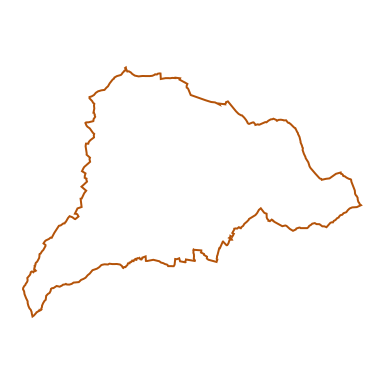 Calan, Hunedoara, Romania
{"feature_id": "2599482B89052064146304", "entity_name": "Calan", "entity_type": "district", "adm_level": 2, "iso_a3": "ROU", "parent_name": "Romania", "parent_adm1": "Hunedoara", "projection": "orthographic", "projection_center": [23.011, 45.738], "detail": "fine", "context": "isolated", "style": "outline", "palette": "amber", "viewbox_px": 384, "rotation_deg": 0, "n_neighbors": 0, "source": "geoboundaries", "source_scale": "gbopen_adm2", "svg_char_len": 5888}
<svg xmlns="http://www.w3.org/2000/svg" viewBox="0 0 384 384"><path d="M216.4,261.9L216.4,261.5L217.0,260.9L217.3,259.6L216.9,259.5L216.7,258.9L216.8,258.1L217.0,257.4L217.0,256.2L217.5,255.1L219.2,248.3L219.4,248.0L219.9,248.2L222.8,241.6L223.0,241.5L226.5,245.2L227.3,245.1L228.4,243.4L229.5,240.1L230.3,239.7L231.9,239.7L231.5,238.9L230.1,238.9L230.1,238.6L229.8,238.2L229.2,237.9L230.3,237.0L230.4,235.9L232.1,236.9L233.1,235.3L233.8,233.8L232.7,233.4L232.3,233.0L234.4,229.2L234.3,228.7L235.7,228.4L237.1,228.6L238.9,227.2L240.4,228.2L240.9,228.2L241.2,227.3L243.2,225.8L244.3,223.9L247.0,221.6L248.7,219.8L249.0,219.0L255.4,215.1L257.1,213.1L258.9,209.9L260.8,208.3L264.1,212.6L264.9,213.1L266.6,213.7L266.7,217.5L267.3,218.9L268.5,220.1L268.4,220.8L269.9,221.2L271.7,219.6L272.6,220.1L272.8,220.7L273.5,220.9L274.1,221.7L282.3,226.2L285.3,225.5L286.5,225.9L289.8,228.9L293.0,230.8L295.8,229.5L296.4,228.5L299.2,227.6L299.9,227.6L300.6,228.1L307.2,228.1L308.4,227.2L309.2,225.9L311.2,224.7L312.2,223.7L314.8,223.1L316.5,224.1L319.5,224.2L322.3,226.3L324.2,226.3L326.5,227.2L330.4,222.8L331.7,222.3L332.9,222.4L333.8,220.9L335.5,220.0L337.1,218.2L338.7,217.5L339.0,216.7L340.4,215.2L342.3,214.7L343.5,213.2L346.3,212.2L347.8,210.2L349.6,208.5L352.2,207.4L356.8,207.1L361.0,205.2L359.5,203.9L359.1,202.7L358.3,201.8L357.7,199.4L357.6,197.7L356.5,195.8L356.0,195.5L355.1,193.8L354.8,190.5L351.4,181.7L351.1,179.8L350.7,179.3L348.8,178.8L346.5,177.6L344.6,176.2L343.6,176.1L343.1,175.8L342.9,174.9L342.3,174.2L340.9,173.7L340.7,172.5L336.0,173.8L329.5,178.4L326.1,178.8L321.7,179.8L321.3,178.9L320.1,178.6L319.5,178.2L315.4,173.7L310.6,168.1L309.6,166.5L308.3,162.3L305.7,158.2L305.4,156.9L303.9,153.8L302.6,150.0L302.9,148.1L302.4,147.4L301.9,145.5L300.6,142.5L300.6,141.6L299.5,136.9L298.0,133.9L297.8,132.8L297.1,131.9L295.6,128.7L295.5,128.8L295.1,128.2L293.9,127.3L290.9,124.3L289.0,122.8L288.5,122.9L287.8,122.5L286.1,120.3L283.8,120.4L283.2,120.1L280.9,119.7L278.5,119.9L277.0,120.8L276.7,120.7L276.4,120.0L273.4,118.7L272.4,119.2L270.7,119.4L268.4,120.7L266.5,122.3L265.3,122.1L259.3,124.7L258.8,124.7L257.9,124.3L255.5,124.9L255.5,124.6L253.6,122.4L252.5,122.5L249.1,123.9L248.4,123.7L247.4,122.6L247.3,122.0L246.0,119.9L244.2,117.6L241.9,115.3L241.1,115.3L238.6,113.9L236.0,111.3L227.9,101.4L226.0,102.2L225.8,103.4L225.3,104.0L224.9,104.0L225.0,104.3L218.7,103.5L219.3,104.5L215.0,102.4L211.2,102.0L206.0,100.4L190.7,95.0L188.3,89.1L187.8,88.3L186.7,87.6L186.6,86.0L187.4,83.9L179.5,79.6L180.1,78.3L175.5,77.7L175.5,78.1L172.2,77.9L170.5,78.2L165.8,78.1L160.8,79.0L160.5,73.5L159.7,73.4L157.8,73.7L156.9,74.5L155.1,74.3L154.8,74.7L152.3,75.8L149.4,76.1L142.3,76.0L138.6,76.4L134.8,75.6L132.2,73.9L130.9,72.5L128.8,71.3L127.3,71.5L126.1,69.0L125.8,67.5L125.1,68.0L125.8,69.1L125.4,69.6L125.4,70.5L124.3,70.8L124.0,71.4L122.6,72.8L121.6,74.3L120.8,75.0L116.9,76.1L114.3,77.6L114.1,78.5L112.7,79.5L109.7,83.3L108.0,86.3L106.4,87.7L104.5,89.9L101.5,90.3L98.1,91.3L95.8,92.8L94.0,95.0L91.6,96.4L89.5,97.0L89.5,98.3L92.2,101.1L93.1,102.8L94.3,103.7L94.0,105.6L94.3,108.6L93.6,112.0L93.8,111.9L94.2,113.5L94.8,114.7L94.7,115.3L95.2,116.8L93.6,119.1L93.4,121.0L93.1,121.2L88.5,122.3L86.1,122.4L85.4,123.0L86.5,125.6L87.5,126.8L89.8,128.4L92.9,132.8L94.2,133.9L93.8,135.2L94.0,137.4L90.7,139.9L89.5,141.1L88.6,142.4L88.3,143.7L86.0,143.6L85.8,144.6L85.6,146.3L86.7,153.4L86.6,154.7L90.0,157.7L89.5,159.1L90.1,161.8L84.3,166.9L83.4,168.3L82.0,171.2L85.5,173.4L84.8,175.8L84.7,177.8L86.5,178.6L86.3,179.4L87.0,181.6L81.5,186.7L86.2,190.7L84.2,193.2L81.7,198.5L80.6,198.7L81.6,207.0L77.5,208.4L74.9,213.7L76.6,213.9L77.3,214.3L78.5,216.5L75.3,219.1L74.7,219.0L72.3,217.2L69.6,216.2L68.1,217.9L65.8,221.9L65.3,222.2L64.6,223.4L63.4,223.4L60.7,225.4L58.9,225.8L54.3,232.9L51.7,237.8L50.6,237.6L48.9,239.0L45.9,240.4L44.9,241.3L43.5,243.4L45.5,245.0L45.5,246.0L43.3,250.0L42.0,251.3L40.5,253.7L39.7,253.9L39.5,254.2L39.4,256.6L39.1,258.1L37.2,261.6L35.8,262.9L35.5,263.7L35.5,264.8L34.6,265.8L35.0,266.7L34.5,267.2L34.4,268.5L34.1,269.1L34.5,269.6L34.5,270.1L35.1,269.9L35.8,270.7L34.9,271.2L34.4,270.8L33.3,272.2L32.7,271.7L31.8,271.5L30.8,272.2L30.5,273.7L29.8,275.1L27.3,278.0L27.6,279.9L27.5,280.9L26.9,282.3L25.8,283.7L25.3,285.0L24.2,286.1L23.2,287.9L23.0,289.2L24.1,291.3L24.5,294.1L26.1,298.2L27.6,301.2L27.7,303.3L28.4,305.9L29.5,308.4L30.7,309.7L31.6,312.0L31.8,313.6L32.5,316.5L33.8,315.6L36.3,312.8L36.6,312.2L37.5,311.9L39.1,310.5L39.3,310.6L39.4,310.3L39.7,310.6L40.8,310.1L41.5,309.4L41.2,308.9L42.0,306.9L42.0,305.8L43.1,303.2L44.5,300.9L45.7,299.8L46.2,295.8L47.9,294.0L49.6,292.9L50.6,290.9L51.0,288.9L52.2,288.1L53.4,288.1L56.6,286.0L59.7,286.7L62.2,285.4L63.0,284.7L65.0,284.4L65.9,283.9L66.8,284.5L69.3,284.6L71.7,283.9L73.5,282.6L78.8,282.1L81.1,279.9L83.5,278.9L85.6,277.7L87.7,275.2L89.7,273.6L92.5,270.2L96.9,268.7L99.2,267.2L101.2,265.2L102.1,264.8L104.5,264.3L108.0,264.5L109.4,263.7L112.5,264.1L116.9,264.0L120.0,264.5L121.9,266.0L122.8,267.7L123.3,268.0L124.2,267.0L125.5,267.1L126.2,266.1L127.3,265.2L128.0,263.4L129.5,263.3L129.6,262.5L131.0,262.1L131.2,261.6L132.0,261.3L132.2,260.6L132.7,260.6L133.1,261.1L133.5,261.1L133.5,260.6L135.2,259.1L136.0,259.9L136.4,259.9L136.7,258.9L136.5,258.7L137.9,258.1L139.1,258.4L139.5,258.0L140.4,259.3L141.4,259.5L141.6,259.4L141.5,258.7L142.4,258.2L142.4,257.6L145.6,256.4L145.9,260.9L147.1,261.0L153.3,259.8L159.4,261.3L160.9,262.5L163.4,263.2L164.8,264.0L167.0,264.6L167.7,265.2L168.1,266.1L173.7,266.2L174.6,264.7L175.2,259.0L176.8,259.2L179.2,258.3L180.1,261.3L185.3,262.3L185.5,262.2L185.3,261.3L186.0,260.0L186.0,259.5L195.6,261.1L195.2,260.9L193.8,258.6L194.0,256.5L193.9,254.2L193.4,252.9L193.5,250.7L193.3,250.3L193.6,249.5L194.1,249.8L201.3,250.4L201.3,251.7L201.0,252.5L204.0,254.0L204.0,254.9L207.0,256.7L206.8,258.4L207.6,259.2L208.6,259.8L216.4,261.9Z" fill="none" stroke="#b45309" stroke-width="2"/></svg>